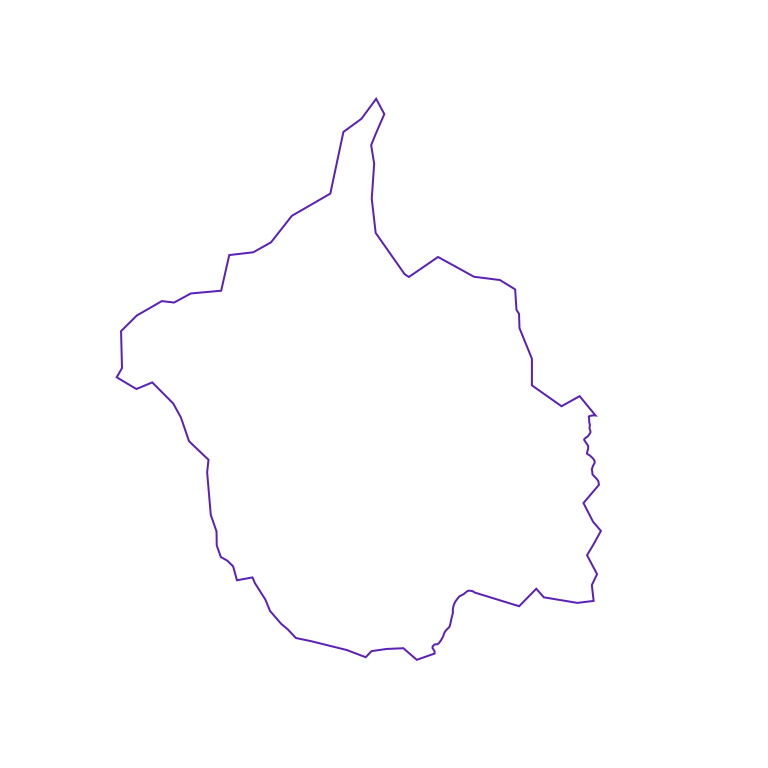 the district of Galuut, Bayanhongor, Mongolia, rotated 108°
{"feature_id": "93677404B91735821801074", "entity_name": "Galuut", "entity_type": "district", "adm_level": 2, "iso_a3": "MNG", "parent_name": "Mongolia", "parent_adm1": "Bayanhongor", "projection": "mercator", "projection_center": [100.179, 46.747], "detail": "fine", "context": "isolated", "style": "outline", "palette": "violet", "viewbox_px": 768, "rotation_deg": 108, "n_neighbors": 0, "source": "geoboundaries", "source_scale": "gbopen_adm2", "svg_char_len": 2158}
<svg xmlns="http://www.w3.org/2000/svg" viewBox="0 0 768 768"><g transform="rotate(108 384 384)"><path d="M599.0,485.7L600.4,478.5L604.1,471.1L616.1,463.2L608.6,449.3L613.3,445.2L625.6,430.3L635.1,422.2L643.8,407.8L647.2,399.5L652.8,389.3L651.1,373.6L648.5,337.2L649.5,317.0L641.9,313.3L635.2,299.7L629.3,283.9L636.2,267.6L624.7,252.6L622.8,253.2L621.6,254.4L620.3,256.1L619.2,256.6L618.1,256.4L616.4,255.7L615.8,254.8L615.0,252.8L613.5,251.7L611.9,251.2L609.8,250.5L608.3,250.3L606.1,249.8L604.9,249.7L603.9,249.8L601.5,249.6L600.2,249.3L598.2,248.5L595.7,247.1L594.5,246.7L593.0,246.7L590.2,246.9L587.2,247.3L582.6,247.6L580.0,247.8L578.6,248.4L576.5,249.0L574.1,249.3L570.9,249.2L568.5,248.8L566.2,248.0L564.1,247.3L562.6,246.6L560.7,244.8L559.4,243.4L554.9,240.5L554.3,239.3L553.6,236.0L554.3,233.0L553.6,186.8L531.7,175.9L537.5,166.1L532.4,132.4L525.5,117.6L511.0,124.2L499.0,122.6L484.1,138.0L472.3,135.3L456.7,132.3L450.4,142.6L435.6,157.5L413.4,148.4L410.1,150.2L408.7,152.1L407.6,154.0L406.6,156.0L405.5,157.8L404.6,158.2L402.5,159.1L401.3,159.9L399.0,160.0L397.4,160.0L396.1,159.7L393.8,159.3L391.9,160.1L390.3,162.1L389.2,164.3L388.3,166.3L387.9,168.5L387.4,169.5L386.6,169.7L384.3,169.8L382.3,169.9L381.1,170.3L379.9,170.6L375.4,176.3L374.8,176.5L373.8,176.1L372.2,175.1L371.0,174.1L370.2,173.7L369.0,173.4L367.8,173.0L366.6,172.7L365.5,172.9L364.3,173.6L362.8,174.8L361.4,175.2L359.9,175.4L358.8,175.7L357.5,176.7L355.1,177.7L353.5,178.2L352.0,179.1L351.5,179.1L350.6,178.0L350.0,176.9L349.0,174.9L348.6,173.1L335.1,194.2L350.3,208.3L339.6,242.9L314.3,251.1L289.0,272.4L275.5,277.3L272.6,280.9L253.5,288.5L249.3,305.9L254.2,331.6L246.5,371.9L274.5,393.4L273.2,398.3L242.9,438.6L211.6,452.9L177.6,461.4L160.8,470.0L149.0,469.2L127.2,467.1L115.2,479.6L138.7,487.4L156.8,500.5L196.7,496.3L219.5,493.9L238.3,510.8L252.5,523.6L284.1,535.2L299.1,549.0L309.2,571.0L345.6,567.7L357.6,595.7L371.4,608.8L373.8,620.9L395.3,640.3L415.0,650.4L449.8,638.1L460.2,640.3L465.3,618.0L454.1,604.9L467.7,578.4L478.6,566.8L498.7,551.7L510.3,527.5L522.7,524.9L562.0,508.3L576.0,497.7L589.2,493.2L599.0,485.7Z" fill="none" stroke="#5b21b6" stroke-width="2"/></g></svg>